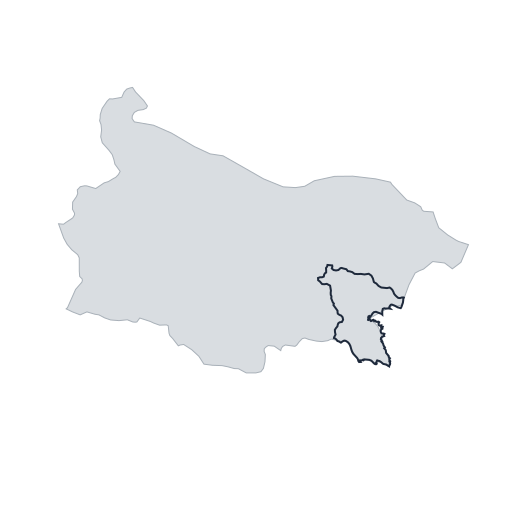 location of Burgas within Bulgaria, rotated 19°
{"feature_id": "BGR-2254", "entity_name": "Burgas", "entity_type": "Province", "adm_level": 1, "iso_a3": "BGR", "parent_name": "Bulgaria", "parent_adm1": "", "projection": "natural_earth1", "projection_center": [27.462, 42.445], "detail": "fine", "context": "in_parent", "style": "outline", "palette": "slate", "viewbox_px": 512, "rotation_deg": 19, "n_neighbors": 0, "source": "natural_earth", "source_scale": "10m", "svg_char_len": 5495}
<svg xmlns="http://www.w3.org/2000/svg" viewBox="0 0 512 512"><g transform="rotate(19 256 256)"><path d="M417.6,317.3L409.1,315.9L406.1,316.3L404.2,318.3L400.2,317.9L395.2,317.9L390.1,320.2L387.2,321.1L383.4,319.0L376.3,312.8L372.0,308.5L368.8,307.4L365.6,308.7L354.1,310.1L351.4,312.7L346.1,315.5L340.7,316.8L333.0,317.7L329.0,317.6L326.7,319.0L324.8,323.0L323.5,327.0L322.3,328.7L312.7,330.6L310.6,332.9L310.0,335.2L310.2,337.4L302.6,335.3L296.7,336.7L295.3,338.4L294.0,340.9L294.7,343.5L296.9,346.1L298.9,353.0L299.6,359.9L298.3,363.8L293.9,366.6L284.8,369.7L276.0,368.3L272.1,369.5L265.6,369.9L259.6,370.7L250.4,373.5L242.0,375.2L234.6,369.4L225.7,365.5L216.4,363.2L213.2,364.9L211.8,366.2L204.0,361.1L200.5,359.3L198.9,357.3L195.7,350.5L193.8,350.3L187.3,352.8L181.1,352.7L177.4,352.3L166.3,352.5L164.8,357.2L163.4,357.9L161.0,358.5L155.1,358.2L147.5,361.7L139.4,363.8L133.1,363.8L126.6,362.8L122.7,363.5L114.3,363.9L108.9,368.9L100.6,368.6L93.7,367.8L94.6,366.2L96.3,346.3L99.9,337.4L99.8,335.6L99.0,334.2L96.0,332.8L93.9,328.0L89.5,315.3L87.0,312.8L79.8,310.1L73.6,306.4L68.3,301.6L58.8,289.8L63.7,288.6L65.3,286.2L70.3,279.7L71.0,276.4L70.5,274.6L67.2,271.5L65.1,264.7L66.9,258.3L67.1,255.0L65.5,251.7L67.3,247.7L70.9,245.5L73.2,244.8L82.5,244.4L88.6,236.3L92.2,233.7L96.0,229.1L97.7,227.4L99.4,223.8L100.0,220.2L92.7,215.1L90.3,211.2L87.1,207.0L82.7,204.0L73.8,199.0L70.4,193.9L69.0,187.2L66.7,182.2L64.1,179.0L63.7,176.3L62.7,173.0L62.5,166.6L64.8,158.1L66.3,155.1L69.3,154.2L77.4,149.7L77.9,143.9L79.4,140.3L82.1,138.2L84.4,136.8L88.8,140.2L99.3,145.6L104.5,149.5L104.2,151.9L101.7,154.3L97.0,156.7L94.2,159.8L93.4,163.7L94.1,166.4L97.3,168.8L116.5,165.7L136.0,167.3L162.0,172.6L179.3,174.4L192.2,172.0L215.9,176.4L237.9,180.6L259.1,181.8L271.0,178.5L279.4,174.2L286.6,165.9L304.4,155.1L321.6,149.0L344.1,144.1L359.1,142.4L361.2,144.1L380.3,154.0L388.8,154.1L395.7,155.8L398.2,158.5L400.0,159.1L409.1,156.7L413.2,162.1L419.6,169.8L430.4,173.7L440.0,175.9L443.0,176.3L453.2,176.1L451.8,195.3L445.8,204.2L436.6,201.2L424.9,203.7L418.7,213.8L415.2,216.8L412.0,220.3L410.0,233.5L409.6,255.1L405.1,257.7L401.0,258.5L384.1,277.5L393.9,282.8L398.2,286.9L405.4,298.2L415.6,311.0L417.6,317.3Z" fill="#d9dde1" stroke="#a8b0b8" stroke-width="1"/><path d="M388.0,322.7L387.1,322.1L385.6,320.1L384.7,319.4L380.0,316.9L378.5,315.7L377.1,314.1L374.4,310.2L372.7,308.6L370.7,307.5L368.4,307.0L367.1,307.2L366.3,307.8L364.9,309.6L364.7,309.9L364.6,310.2L364.4,310.3L362.8,309.9L361.4,309.8L360.7,309.9L359.7,309.1L358.7,308.6L357.5,308.2L356.4,308.2L356.3,307.4L356.8,304.4L355.5,302.3L354.6,300.1L355.2,297.8L355.9,296.1L355.7,294.8L355.7,292.9L356.6,291.5L358.7,290.4L359.1,287.9L357.8,285.7L355.9,284.6L354.0,284.5L352.1,283.9L351.4,282.6L350.9,281.2L345.2,277.2L345.1,275.6L343.8,274.9L341.3,272.0L340.8,271.3L340.7,270.2L340.2,269.2L339.4,268.5L338.6,266.5L338.1,264.3L335.7,259.9L332.0,259.3L329.9,260.4L327.7,261.0L326.2,260.2L324.7,259.3L322.7,258.7L321.8,256.6L323.4,255.3L325.4,254.6L326.8,253.4L326.5,251.4L326.8,249.9L327.7,248.8L327.0,246.7L326.1,244.6L326.7,242.8L326.5,241.2L331.1,240.1L331.7,241.3L331.7,243.1L333.9,244.0L336.4,243.6L338.5,242.4L339.8,240.0L340.9,239.4L342.2,239.4L345.8,239.1L347.7,240.4L349.8,240.0L352.3,239.9L355.0,240.8L358.0,240.0L361.0,238.8L364.6,238.1L368.4,236.1L371.5,237.0L373.9,239.2L375.9,242.2L377.2,242.6L378.7,242.8L381.6,244.4L384.7,245.0L390.3,243.7L392.6,242.3L394.3,242.8L396.0,243.7L397.5,245.1L398.8,246.7L400.5,247.8L402.2,248.6L404.1,249.3L405.9,248.9L407.3,247.8L408.8,247.2L409.3,247.2L409.2,248.5L409.7,250.2L410.1,252.3L410.1,256.1L410.0,257.6L409.8,258.2L406.6,258.4L403.2,257.8L400.4,257.7L399.7,257.9L399.3,258.3L398.9,259.4L398.7,260.3L398.7,261.0L399.2,261.6L400.2,262.1L398.5,262.4L395.7,263.5L394.3,263.7L393.1,264.7L393.3,266.8L394.0,269.0L394.5,270.3L393.5,269.9L387.6,269.7L385.8,270.7L384.9,272.4L384.5,274.3L383.8,276.3L382.6,275.8L382.0,276.5L382.1,277.7L382.9,278.5L382.6,279.0L382.6,279.4L382.9,280.7L383.0,280.1L382.9,279.6L383.3,278.0L385.3,279.9L385.9,280.1L386.7,279.4L387.2,278.5L387.8,278.1L388.9,279.1L389.5,278.3L390.1,278.4L390.6,278.8L391.1,279.1L392.0,278.8L392.6,278.5L393.2,278.2L394.1,278.5L394.1,278.9L394.0,279.0L393.9,278.9L393.7,279.1L394.0,280.5L394.7,281.4L395.6,281.6L397.1,280.7L397.3,281.4L397.6,281.8L398.2,281.9L398.9,281.7L398.9,282.3L398.5,282.4L397.6,282.9L398.0,283.7L398.3,283.9L398.9,284.0L398.3,284.8L398.2,285.9L398.6,287.0L399.3,287.8L400.2,288.2L401.0,288.1L401.8,287.8L402.8,287.8L402.8,288.3L402.4,288.7L402.4,289.2L402.7,289.6L403.2,290.0L401.7,291.2L400.9,292.7L401.2,294.2L402.8,295.4L402.5,295.6L402.4,296.0L404.6,297.4L405.0,297.9L405.3,298.5L406.0,299.3L406.9,300.0L407.6,300.4L407.5,300.6L407.3,301.2L407.2,301.5L409.0,302.5L409.5,303.1L410.6,305.3L414.0,307.3L414.4,308.1L415.0,308.8L415.9,309.1L415.6,309.9L415.9,310.7L416.5,311.3L417.2,311.8L417.2,312.2L417.1,312.3L416.9,312.3L416.7,312.4L417.4,313.1L417.9,314.1L418.0,315.2L417.6,316.2L417.8,317.0L415.5,316.5L414.6,316.2L411.5,316.6L410.6,316.3L408.9,315.6L407.4,315.2L406.8,315.1L405.6,315.3L405.3,315.2L405.1,315.2L404.8,315.2L404.5,315.3L404.4,316.1L404.4,317.2L404.2,318.0L405.2,318.6L405.0,319.1L404.2,319.4L403.4,319.4L402.5,319.1L399.2,317.4L396.9,317.3L392.0,318.5L391.8,319.3L391.6,319.7L391.2,319.7L390.8,319.4L390.3,320.0L389.6,320.4L388.2,320.9L388.3,321.0L388.5,321.2L388.7,321.3L388.9,321.4L388.7,321.6L388.3,321.7L388.1,321.9L389.0,322.3L388.0,322.7Z" fill="none" stroke="#1e293b" stroke-width="2"/></g></svg>